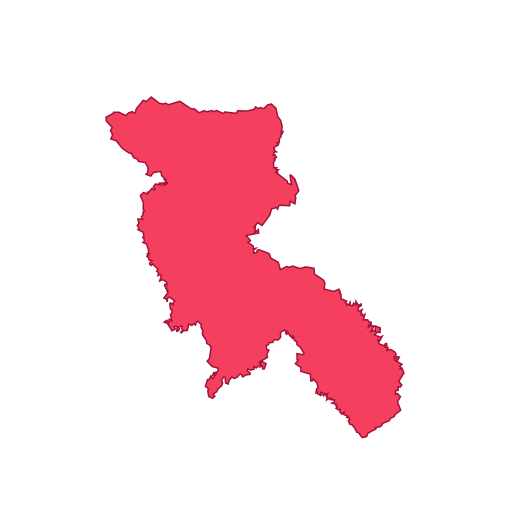 Alfred Nzo, Eastern Cape, South Africa, rotated 19°
{"feature_id": "47623444B30321887561170", "entity_name": "Alfred Nzo", "entity_type": "district", "adm_level": 2, "iso_a3": "ZAF", "parent_name": "South Africa", "parent_adm1": "Eastern Cape", "projection": "natural_earth1", "projection_center": [29.551, -30.65], "detail": "fine", "context": "isolated", "style": "filled", "palette": "rose", "viewbox_px": 512, "rotation_deg": 19, "n_neighbors": 0, "source": "geoboundaries", "source_scale": "gbopen_adm2", "svg_char_len": 6152}
<svg xmlns="http://www.w3.org/2000/svg" viewBox="0 0 512 512"><g transform="rotate(19 256 256)"><path d="M327.7,256.9L317.1,254.0L314.8,248.7L306.6,250.1L301.8,253.5L293.9,253.6L291.0,256.0L288.6,255.8L283.5,261.0L279.1,254.7L270.6,253.1L267.6,249.4L256.9,249.1L255.2,250.2L255.7,252.4L252.9,254.0L251.9,251.1L253.3,248.8L251.0,250.1L250.1,247.5L243.9,245.7L245.9,243.4L240.1,239.8L251.1,233.4L249.5,230.3L247.2,234.1L246.0,228.8L244.8,229.3L246.7,224.0L251.8,225.2L255.7,212.9L255.4,206.5L259.5,203.5L261.2,204.7L261.2,201.0L263.2,199.8L271.5,197.6L270.5,193.2L275.8,194.0L274.6,187.9L273.3,186.2L275.2,180.3L267.7,170.7L262.9,168.1L261.9,168.6L266.3,176.8L262.3,177.1L261.2,175.1L247.7,170.5L249.1,169.7L247.7,168.5L249.0,167.3L246.9,167.6L246.9,165.7L243.9,166.8L242.1,161.6L242.8,158.8L241.4,157.8L243.2,156.2L240.9,154.1L239.5,154.9L239.2,152.0L241.3,150.9L239.6,150.5L237.6,147.5L241.0,143.6L239.1,142.1L241.0,141.5L240.0,137.3L240.8,134.9L240.0,133.1L240.9,132.2L239.4,131.1L240.8,131.0L241.1,129.5L239.4,129.1L238.5,124.9L235.2,119.9L231.0,116.9L226.7,109.8L221.0,107.3L217.7,109.5L215.5,114.0L211.6,114.4L210.3,115.8L207.1,115.2L206.3,118.1L200.0,122.0L191.4,124.6L191.0,127.5L179.6,130.0L178.9,131.9L171.1,131.3L169.2,133.4L167.2,132.8L162.0,135.9L159.9,135.3L155.6,139.1L150.1,137.0L146.4,137.9L133.6,134.5L124.0,141.5L120.6,141.0L118.9,142.5L114.9,143.1L105.2,139.8L102.0,145.6L98.7,145.5L94.9,155.7L95.1,160.1L92.7,160.5L92.2,159.6L89.0,162.1L87.1,165.6L79.7,164.7L74.5,166.5L74.4,167.9L69.0,173.5L70.6,177.2L78.3,181.3L77.5,184.7L80.9,187.9L80.7,192.6L86.3,192.5L94.7,197.8L102.7,200.0L104.3,199.2L108.3,202.9L112.3,203.0L114.1,204.9L120.6,203.7L124.3,206.6L125.8,209.3L126.3,212.4L125.4,214.6L130.5,214.7L131.8,210.5L138.4,207.1L140.8,211.0L143.3,211.8L144.4,213.8L145.7,212.8L146.1,215.2L148.3,215.3L148.5,216.4L146.9,218.3L144.7,219.3L147.5,215.9L140.8,218.7L142.4,219.9L137.4,220.7L136.5,224.0L138.6,225.2L138.1,226.7L135.7,225.8L133.6,231.0L132.6,231.0L133.2,232.7L129.0,232.6L126.9,236.5L132.0,242.0L134.2,248.8L135.8,249.4L134.9,251.2L135.7,254.0L134.9,256.4L136.9,258.3L132.3,259.4L134.7,263.3L133.8,265.7L136.3,267.8L135.7,269.5L141.4,270.2L143.7,274.0L142.8,275.3L144.5,276.0L145.6,278.6L144.7,280.1L148.4,280.1L152.3,285.1L153.4,288.5L154.9,288.2L152.6,289.4L154.3,290.6L152.8,291.7L155.6,293.1L155.9,294.6L159.5,294.3L157.7,297.4L158.3,298.6L160.2,299.0L160.8,297.2L167.6,300.3L167.1,302.7L169.1,303.4L169.8,306.5L171.3,304.7L172.9,305.4L173.1,311.0L175.2,308.8L179.7,309.6L181.4,312.0L179.1,312.3L179.4,314.3L181.3,314.7L181.2,316.0L183.3,316.5L182.9,318.0L184.8,319.0L182.6,325.8L185.3,325.9L186.9,328.2L186.2,324.5L187.5,323.0L193.6,324.8L192.9,327.6L193.7,329.0L190.4,328.2L190.0,329.4L192.4,334.1L193.9,334.1L195.0,337.0L194.2,339.2L197.5,344.7L194.6,344.0L195.2,347.6L192.5,345.8L190.7,348.5L194.0,348.5L200.9,354.1L203.5,351.4L201.4,349.5L203.4,348.6L204.6,348.6L205.5,353.0L206.3,352.8L207.6,350.1L205.9,348.5L208.7,346.3L209.4,348.8L211.0,349.9L209.6,352.6L210.3,353.0L211.6,350.5L215.3,348.7L214.6,342.0L217.8,342.6L219.1,340.5L221.3,340.9L221.1,337.7L222.0,336.8L226.4,338.4L227.1,341.0L230.7,344.9L230.2,346.2L231.6,348.4L236.3,351.7L238.0,354.7L241.4,355.3L243.4,357.3L245.4,368.2L244.0,371.3L250.4,374.8L256.2,374.4L257.6,375.8L256.9,378.6L254.0,380.0L253.9,383.0L257.0,379.6L255.0,386.0L252.4,384.0L251.8,388.4L250.4,388.6L250.6,395.7L254.3,396.9L254.4,399.5L257.1,404.2L261.2,404.7L262.8,402.0L260.3,400.7L263.0,397.2L263.5,393.6L265.8,390.0L265.8,387.1L264.0,384.4L264.8,381.0L266.3,380.8L268.6,386.0L271.4,386.1L271.1,382.3L272.6,378.2L275.1,378.9L277.6,377.0L279.1,373.0L280.6,372.7L282.7,374.7L285.3,371.7L288.9,369.9L288.6,368.6L284.9,367.1L285.0,365.2L288.1,365.7L290.9,363.7L289.9,361.6L292.7,361.7L295.4,357.0L296.7,357.4L296.1,359.4L297.9,358.2L299.2,360.6L300.6,360.1L300.6,354.5L295.7,353.8L295.1,355.7L293.7,355.3L299.9,347.9L298.2,345.8L298.8,340.8L296.6,341.0L294.8,337.1L296.7,335.9L296.4,333.8L299.9,332.3L300.6,328.9L303.6,328.6L304.8,327.1L305.7,324.7L304.0,320.3L307.1,316.4L308.4,317.8L309.5,317.0L309.3,319.5L310.5,320.1L311.5,318.1L314.2,320.6L318.0,319.5L316.1,321.2L317.5,322.1L318.6,320.9L319.7,323.2L322.6,323.9L323.5,326.4L327.2,327.6L333.1,332.4L332.5,334.1L326.5,335.0L328.6,340.5L329.8,340.5L328.3,345.0L334.9,346.8L335.9,350.4L345.9,350.0L348.5,356.4L350.0,355.6L350.0,353.7L355.0,356.2L357.8,360.7L356.6,362.0L357.2,365.8L358.2,364.6L358.6,366.0L362.4,366.9L363.2,366.1L361.8,365.3L361.6,363.7L364.0,364.1L365.4,366.0L366.0,363.5L367.1,364.7L368.5,362.9L368.4,366.2L369.5,366.3L369.7,369.1L371.5,366.6L372.4,367.7L373.9,365.9L374.4,367.4L377.2,366.5L377.4,369.0L375.7,370.3L380.7,370.2L380.2,371.5L382.1,372.5L381.3,374.0L384.3,374.7L385.2,373.6L386.1,376.2L388.5,377.5L390.1,375.2L390.0,377.1L395.2,377.7L394.4,379.0L397.3,378.9L397.8,380.5L396.8,381.5L399.4,384.5L401.4,384.2L405.4,386.5L408.7,389.9L410.2,389.4L415.4,393.1L419.4,390.7L419.5,387.1L425.7,380.4L424.8,379.3L428.9,377.1L430.3,374.5L429.6,373.6L435.6,368.3L436.2,365.5L438.8,363.0L439.2,360.5L443.0,354.7L437.2,347.8L438.4,342.0L434.5,339.9L432.7,341.3L431.9,338.1L434.1,336.7L433.0,333.4L435.1,332.9L435.9,330.6L431.8,328.0L434.0,318.5L431.4,315.5L429.1,315.7L430.3,314.6L427.8,313.4L429.3,310.9L420.8,309.3L419.8,306.8L423.9,308.4L424.4,304.9L420.2,305.5L420.5,303.3L418.2,301.4L413.8,300.6L411.3,301.6L410.6,303.4L410.6,299.4L407.8,300.1L408.8,297.8L408.0,296.3L406.8,296.8L406.6,299.0L401.8,299.1L399.9,297.8L398.7,295.7L400.5,296.2L401.4,290.9L400.1,292.3L393.8,292.1L395.4,288.6L398.2,287.9L396.9,283.6L391.9,283.3L393.2,288.6L391.8,288.0L389.2,290.0L390.5,283.8L387.2,284.5L385.3,286.9L385.1,284.1L387.1,282.9L386.3,281.0L384.4,281.7L382.4,280.0L378.3,281.4L377.9,275.8L376.9,277.5L374.6,277.5L375.3,276.2L373.6,275.4L373.7,272.2L371.6,274.7L370.2,273.9L369.7,270.9L371.8,268.4L371.0,267.1L369.0,269.5L365.3,266.4L366.3,269.8L363.7,268.7L363.4,271.7L361.3,271.9L360.0,269.1L359.5,271.9L357.7,272.8L357.8,271.8L355.7,271.1L356.5,269.2L350.3,268.7L348.9,264.6L347.0,264.1L347.6,262.8L345.2,260.4L341.0,264.2L331.2,265.1L330.0,259.3L327.7,256.9Z" fill="#f43f5e" stroke="#9f1239" stroke-width="1.5"/></g></svg>